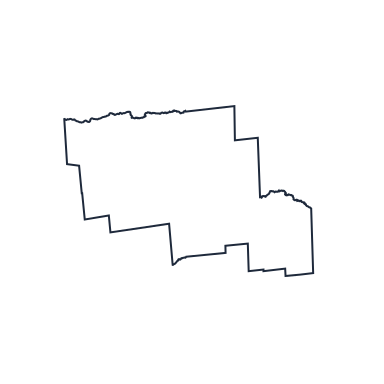 General Alvear, Buenos Aires, Argentina, rotated 42°
{"feature_id": "61730980B56387205995887", "entity_name": "General Alvear", "entity_type": "district", "adm_level": 2, "iso_a3": "ARG", "parent_name": "Argentina", "parent_adm1": "Buenos Aires", "projection": "equal_earth", "projection_center": [-60.278, -36.041], "detail": "fine", "context": "isolated", "style": "outline", "palette": "slate", "viewbox_px": 384, "rotation_deg": 42, "n_neighbors": 0, "source": "geoboundaries", "source_scale": "gbopen_adm2", "svg_char_len": 5795}
<svg xmlns="http://www.w3.org/2000/svg" viewBox="0 0 384 384"><g transform="rotate(42 192 192)"><path d="M166.0,99.8L133.6,136.4L132.9,136.2L132.9,136.6L132.5,136.9L132.2,137.1L132.1,137.7L132.2,137.8L132.3,138.2L132.5,138.4L132.6,138.6L132.5,138.8L132.4,139.0L132.0,139.3L131.6,139.7L131.3,140.5L131.0,141.0L130.9,141.1L130.6,140.9L130.0,141.2L129.7,141.2L129.2,141.0L128.8,141.0L128.4,141.2L127.5,141.6L127.3,141.8L127.1,142.4L126.9,142.4L126.4,142.3L126.1,142.3L125.3,142.9L125.0,143.3L124.2,143.3L123.7,144.0L123.7,144.3L124.1,144.4L123.9,144.8L124.0,145.1L123.9,145.3L123.5,145.9L122.9,146.3L122.5,147.1L122.2,147.2L121.6,147.3L121.7,147.6L121.6,148.1L121.1,148.8L121.1,149.3L121.0,149.5L120.6,149.7L120.4,150.5L120.1,150.7L119.4,150.5L119.0,150.9L118.8,150.9L118.7,151.0L118.7,151.4L118.7,151.6L118.5,151.8L118.0,152.5L117.1,152.6L116.8,152.8L116.6,153.2L116.2,153.6L116.2,154.8L116.1,155.1L115.9,155.3L115.6,155.5L115.4,155.4L115.0,155.6L114.9,155.8L114.1,156.4L114.0,156.6L113.1,157.3L112.5,157.8L112.3,158.0L112.0,158.0L111.4,158.2L111.2,158.5L110.7,159.0L110.3,159.1L110.0,159.3L109.8,159.7L109.7,160.2L109.5,160.3L109.4,160.7L109.2,160.9L109.0,161.0L108.5,160.9L108.0,161.0L107.7,161.6L107.4,161.6L106.9,161.6L106.5,161.9L106.3,162.2L106.2,162.4L105.8,162.4L105.7,162.6L105.6,163.2L105.4,163.7L104.8,164.3L104.8,164.6L105.0,165.3L105.0,165.8L105.5,166.0L105.7,166.3L106.0,166.4L106.4,166.5L106.6,166.5L106.8,166.7L106.8,166.9L106.5,167.6L106.0,168.0L106.2,168.4L106.2,168.6L105.6,169.4L105.6,169.9L105.3,170.2L104.7,170.6L104.6,170.9L104.1,171.6L103.9,171.7L103.5,172.6L103.2,172.8L102.7,172.8L102.3,173.5L101.9,173.5L101.5,173.9L101.2,173.7L100.5,174.3L100.5,175.1L100.1,175.6L99.9,175.8L99.6,175.8L99.3,176.0L98.8,176.1L98.7,176.1L98.4,176.4L97.9,176.7L97.5,177.2L97.3,177.1L97.2,176.9L97.2,176.4L96.9,176.1L96.2,175.7L95.7,175.8L95.4,175.8L95.0,175.8L94.5,175.3L94.1,175.3L93.7,174.8L93.3,174.6L93.0,174.2L92.5,174.0L92.2,174.1L91.7,174.3L91.3,174.6L91.1,175.2L90.7,175.5L90.4,175.6L90.1,176.1L89.5,177.8L89.1,178.6L88.9,178.8L88.5,179.0L88.1,179.5L87.8,180.5L87.7,180.7L87.5,180.9L87.3,180.9L86.9,180.9L86.0,181.0L85.8,181.1L85.7,181.3L85.5,181.5L85.5,181.8L85.7,182.6L85.6,183.0L85.4,183.2L84.5,183.5L84.4,183.7L83.8,184.7L83.4,185.9L83.2,186.2L82.7,186.6L81.9,186.4L81.6,186.4L80.9,187.0L80.7,187.1L80.2,187.0L79.9,187.1L79.4,187.5L78.9,187.7L78.6,188.0L78.4,188.3L78.3,188.7L78.3,189.2L78.8,190.1L78.8,190.3L78.6,191.0L78.2,191.8L77.6,192.5L77.6,193.2L77.3,193.8L76.6,194.5L76.5,194.8L76.4,195.1L75.6,196.0L75.2,197.0L74.9,198.1L74.4,199.0L74.1,199.6L73.6,200.0L73.4,200.7L73.3,201.1L73.1,201.4L72.4,201.7L71.7,202.4L70.5,203.1L70.2,203.5L69.2,203.8L68.7,204.0L68.4,204.2L68.2,204.5L68.0,205.1L68.0,206.1L68.1,206.3L68.7,207.2L68.8,207.5L68.8,208.6L68.6,208.8L68.3,208.9L68.0,209.4L67.8,209.5L67.4,209.5L66.8,209.8L65.9,209.7L65.7,209.8L65.5,210.0L65.0,210.2L64.9,210.4L64.8,210.8L64.5,211.3L64.5,211.6L64.6,212.1L64.4,212.6L64.4,213.0L63.8,213.7L63.6,213.9L63.4,214.4L63.2,214.5L62.2,214.9L61.9,215.3L61.4,215.5L60.9,215.6L59.9,215.9L59.4,216.2L59.0,216.5L58.7,216.5L58.1,216.6L57.8,216.8L57.5,216.9L56.2,216.7L56.0,216.9L55.7,217.1L55.4,217.9L55.1,218.1L54.3,218.5L53.5,218.6L52.5,219.2L52.4,219.4L52.1,220.1L51.9,220.5L51.6,220.8L50.8,221.2L50.7,221.9L50.5,222.4L50.3,222.6L49.8,222.8L48.8,223.0L48.2,222.9L47.7,222.7L80.5,254.9L90.5,248.0L110.9,266.7L111.2,266.4L130.7,284.2L145.9,265.1L158.4,276.6L196.2,230.9L226.4,259.1L226.6,259.0L226.8,257.8L227.1,257.3L227.2,257.1L227.3,256.7L227.3,255.7L227.4,255.3L227.3,254.4L227.2,253.4L227.3,252.9L227.5,252.6L227.5,252.0L227.4,251.7L227.0,251.4L227.0,251.1L227.3,250.5L227.6,250.5L227.9,250.3L228.3,250.3L228.5,250.1L228.6,249.4L228.4,248.3L228.8,247.8L229.1,247.7L229.2,247.2L229.7,246.6L230.2,245.7L230.7,245.5L231.1,245.2L231.1,244.4L231.0,244.0L257.7,214.8L252.8,209.6L268.0,193.0L287.1,212.9L297.0,201.8L298.1,203.0L312.5,186.6L317.7,191.8L327.5,181.2L336.3,171.2L291.6,124.5L291.1,124.5L290.9,124.6L290.1,124.5L289.5,124.8L289.2,125.0L288.3,125.1L287.5,125.1L287.0,125.5L286.7,125.6L285.4,125.5L285.0,125.0L284.7,124.9L284.5,125.0L284.4,125.2L284.1,125.4L283.9,125.5L283.0,125.5L282.9,125.3L282.9,124.7L282.6,124.6L282.3,124.7L282.0,124.8L281.7,125.3L281.3,125.4L280.8,125.7L280.3,126.0L279.6,126.0L279.4,125.6L279.1,125.5L278.8,125.5L278.6,125.7L278.3,126.2L278.1,126.8L278.0,127.0L277.8,127.1L277.0,126.9L276.6,127.1L276.4,127.2L276.3,127.5L276.4,127.9L276.2,128.2L275.5,127.6L275.3,127.5L275.0,127.6L274.6,128.1L274.1,129.2L273.8,129.4L273.4,129.5L272.3,129.5L272.2,129.4L271.7,128.6L270.7,128.2L270.2,128.1L269.8,127.6L269.4,127.4L269.1,127.4L268.7,127.8L268.3,127.9L268.1,127.9L267.8,127.8L267.5,128.0L267.3,128.4L267.0,128.5L266.1,128.8L265.8,129.0L265.4,129.1L265.3,129.6L265.4,130.0L265.3,130.3L265.0,130.4L264.7,130.4L264.5,130.6L264.5,131.2L264.3,131.4L263.6,131.6L262.7,131.5L262.5,131.3L262.6,130.9L262.6,130.7L262.7,130.3L262.5,130.0L262.3,129.9L261.4,129.8L261.1,129.8L260.9,129.6L260.4,129.7L259.8,129.5L259.4,129.9L258.8,130.0L258.6,130.2L258.4,130.8L258.0,130.8L257.5,131.0L257.2,131.6L257.0,131.8L256.9,132.0L256.6,133.0L256.3,133.4L256.1,133.3L255.6,133.0L255.6,133.8L255.2,134.8L255.1,135.0L254.0,135.5L253.8,135.8L253.8,136.1L253.5,137.0L253.3,137.0L252.7,136.9L251.8,137.1L251.6,137.4L251.2,137.9L250.6,137.9L250.4,138.1L250.2,138.5L249.8,138.7L249.6,138.9L249.5,139.1L249.9,139.8L249.9,140.5L250.4,141.5L250.4,141.8L250.3,142.4L250.2,142.6L250.1,143.2L249.9,143.6L249.9,144.7L249.6,145.5L249.9,146.1L249.9,146.3L249.7,146.5L248.8,146.4L248.6,146.7L248.4,146.8L248.1,147.1L247.6,147.3L247.4,147.7L247.1,148.0L246.8,148.8L247.3,148.9L247.5,149.2L247.5,149.6L246.9,149.6L246.7,149.9L246.4,150.1L246.1,150.4L204.6,107.7L189.3,124.9L166.0,99.8Z" fill="none" stroke="#1e293b" stroke-width="2"/></g></svg>